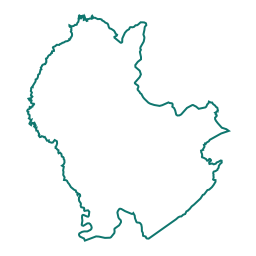 Sanamxay, Attapu, Laos
{"feature_id": "54806243B21104398525557", "entity_name": "Sanamxay", "entity_type": "district", "adm_level": 2, "iso_a3": "LAO", "parent_name": "Laos", "parent_adm1": "Attapu", "projection": "robinson", "projection_center": [106.401, 14.728], "detail": "fine", "context": "isolated", "style": "outline", "palette": "teal", "viewbox_px": 256, "rotation_deg": 0, "n_neighbors": 0, "source": "geoboundaries", "source_scale": "gbopen_adm2", "svg_char_len": 5665}
<svg xmlns="http://www.w3.org/2000/svg" viewBox="0 0 256 256"><path d="M40.5,69.8L39.6,73.7L38.2,74.7L37.9,77.0L37.2,78.7L35.6,79.5L35.7,80.6L35.4,81.7L32.8,85.9L32.7,87.2L32.0,87.0L31.1,88.2L31.2,89.3L30.8,91.1L31.9,92.5L30.9,95.1L31.2,95.9L32.0,96.1L32.4,96.6L31.1,98.1L28.5,98.7L29.6,100.5L31.2,100.0L31.6,100.4L31.0,102.3L31.3,103.1L33.1,103.8L33.8,103.7L34.1,104.1L33.8,104.7L32.5,105.9L32.5,106.5L31.9,106.7L31.4,107.4L29.7,106.9L29.6,107.2L30.3,107.7L30.3,108.2L28.9,109.2L27.8,109.6L27.2,110.9L27.5,111.5L28.4,111.9L28.1,113.0L28.4,114.3L29.3,114.6L29.6,115.2L29.6,117.3L28.9,118.4L30.4,119.4L30.6,120.3L31.4,119.9L30.8,121.7L30.1,122.1L29.4,123.7L31.1,125.1L31.9,123.3L32.7,122.9L33.1,123.3L34.4,122.7L35.1,124.2L34.0,124.2L34.7,125.3L34.3,126.2L35.3,126.1L34.9,127.0L35.4,127.8L36.5,127.6L36.1,129.3L36.3,130.6L37.7,130.8L38.2,132.3L39.0,133.6L38.9,134.3L39.4,134.9L38.8,135.7L39.9,137.1L40.9,136.9L41.6,136.2L43.3,136.6L44.0,137.2L44.8,136.9L47.0,140.7L48.8,140.4L48.7,141.3L49.0,141.9L51.7,142.7L52.8,142.5L54.7,140.0L56.9,141.3L57.1,143.5L56.4,145.8L55.5,146.9L55.6,148.1L56.4,148.3L57.2,149.5L58.5,150.3L58.3,152.6L58.6,153.3L60.1,152.7L61.4,154.0L61.8,156.5L63.2,157.1L63.7,157.9L63.7,159.1L64.4,160.1L64.5,162.5L64.1,163.5L63.5,164.6L62.0,165.7L63.8,166.8L63.1,170.4L63.5,171.9L63.2,174.9L64.6,177.3L64.0,180.0L66.0,180.2L67.0,180.8L68.0,182.8L69.1,184.0L70.9,187.1L74.2,189.8L75.8,190.5L76.2,192.1L77.6,193.0L77.3,194.5L77.6,195.1L78.6,193.9L79.4,194.0L80.0,194.7L80.2,196.0L79.0,197.4L78.9,199.5L79.2,201.0L80.8,203.3L80.9,204.2L80.6,205.6L81.2,207.2L83.9,207.8L84.2,208.4L84.1,210.3L84.5,210.9L88.0,210.3L89.3,211.8L88.8,215.8L88.2,216.6L87.3,216.6L83.7,215.0L83.0,214.9L82.2,215.5L82.0,217.5L82.4,220.7L81.7,224.8L82.2,225.5L83.4,225.8L87.3,223.4L89.0,223.3L90.2,224.1L91.3,226.0L91.7,227.7L91.3,229.0L90.4,229.9L87.4,231.4L84.2,231.4L82.0,231.9L79.4,233.4L79.0,234.3L79.2,235.5L80.0,236.6L84.0,238.5L84.9,240.6L96.1,236.4L98.9,236.6L105.0,237.9L110.0,237.7L111.0,237.2L114.3,233.1L114.6,231.5L114.4,229.3L114.6,228.6L119.2,225.3L120.9,222.4L121.0,221.3L120.7,220.2L119.0,218.5L118.4,217.4L117.4,212.6L117.8,211.2L119.1,209.2L120.0,208.7L121.4,209.0L125.2,211.2L131.7,213.9L132.6,213.9L133.3,213.1L134.7,215.6L135.0,218.2L136.4,221.9L137.1,222.5L139.2,222.7L140.2,223.2L141.3,224.7L141.8,227.3L141.9,231.1L142.8,232.8L143.1,235.8L145.7,236.6L146.1,237.8L146.9,238.5L148.7,238.6L176.0,219.3L178.4,217.2L180.0,216.5L181.4,216.4L183.1,214.8L185.2,214.0L186.4,211.4L188.3,210.4L188.6,209.7L189.4,209.3L191.7,206.4L194.0,204.6L200.5,198.5L202.8,194.9L204.2,194.4L207.4,190.1L209.2,189.6L211.9,187.2L213.7,184.8L215.5,181.8L215.5,180.1L213.6,179.9L213.1,179.5L213.7,177.3L213.4,175.8L213.6,174.7L213.2,173.4L213.4,172.1L214.1,171.4L215.4,171.2L217.5,169.8L217.7,168.8L218.6,167.8L218.8,165.9L220.0,164.1L221.7,162.6L221.6,160.7L220.7,160.5L218.5,161.8L216.6,162.5L215.9,163.6L214.6,164.1L213.5,164.3L212.2,163.5L209.5,164.0L209.1,162.8L209.8,161.7L211.0,160.6L210.9,159.9L210.0,159.0L209.4,158.9L207.9,160.7L207.1,160.7L206.1,159.1L203.5,157.7L202.1,157.3L201.9,156.8L202.2,155.5L202.0,153.9L201.1,151.9L201.3,151.3L201.1,150.6L203.1,149.9L202.9,149.4L204.4,146.9L204.5,146.3L203.9,144.9L204.8,144.5L205.0,143.6L205.7,143.9L206.3,142.8L208.8,141.3L209.8,139.8L221.1,133.5L228.8,130.9L226.4,129.2L221.8,127.7L217.8,123.2L215.9,120.7L215.1,119.1L215.1,117.6L216.5,116.3L216.4,115.7L216.7,115.5L216.3,114.3L215.7,114.2L215.7,113.5L215.2,112.8L215.9,112.7L216.3,111.8L216.8,111.4L217.6,111.5L217.6,110.8L217.9,110.5L217.3,107.7L215.9,106.8L215.1,105.6L213.1,104.1L212.1,102.5L211.1,102.6L208.9,101.6L208.5,103.3L207.3,104.3L206.3,106.6L205.4,107.4L198.7,108.8L196.1,106.6L193.0,105.0L192.2,105.1L187.0,107.9L181.2,114.4L179.4,115.4L177.4,115.5L176.2,114.6L175.2,110.5L174.1,108.1L172.3,106.7L172.7,104.9L172.4,103.7L171.9,103.3L169.5,103.0L168.5,102.4L162.2,105.2L159.6,105.9L154.3,105.0L150.2,103.7L148.4,102.7L144.2,98.6L143.0,97.1L141.4,94.0L140.2,93.2L139.6,92.0L137.7,89.8L137.6,88.7L138.3,87.5L138.4,86.3L137.9,85.5L135.4,83.8L134.9,83.2L134.9,82.6L139.7,77.1L140.9,74.3L139.7,70.7L135.4,67.0L135.3,65.1L137.8,61.8L141.0,59.3L141.0,57.1L140.0,52.5L139.9,51.8L140.9,49.8L140.3,48.8L140.5,47.2L143.7,41.6L144.3,38.6L144.4,37.2L143.4,34.5L144.4,30.0L144.7,27.3L145.0,26.6L146.3,25.2L146.0,23.4L145.6,23.1L144.1,22.4L140.6,22.3L138.2,24.5L137.1,25.2L135.5,25.3L134.1,26.8L132.5,27.3L130.8,27.1L129.9,27.4L129.1,29.2L126.8,30.6L124.9,32.8L122.3,38.5L122.2,42.0L121.5,42.7L120.6,42.7L114.5,37.7L114.4,36.9L116.7,35.7L117.1,34.8L115.6,33.7L115.1,32.4L114.0,30.7L111.3,28.9L109.5,28.3L108.7,26.8L108.1,24.5L107.4,23.5L105.3,22.6L104.0,21.4L102.1,20.4L101.6,19.5L99.9,19.0L97.7,19.1L94.9,17.7L93.5,17.9L92.2,15.8L91.7,16.4L92.1,18.6L91.5,18.8L90.1,18.4L88.8,19.0L86.8,19.2L87.3,20.8L86.7,21.0L85.6,19.5L84.8,17.2L84.3,19.7L83.8,19.9L83.7,15.9L83.5,15.6L83.2,15.5L82.6,16.2L82.2,17.2L81.7,17.7L81.4,16.0L81.0,16.0L80.6,16.9L80.6,18.2L80.1,18.4L79.8,17.8L79.9,15.8L79.3,15.4L78.9,15.9L79.0,17.3L78.5,18.4L78.7,20.0L78.3,21.9L77.5,22.7L76.7,24.7L75.7,25.0L75.1,24.8L73.6,26.0L71.5,26.4L69.4,25.3L69.4,26.1L69.8,26.8L71.1,27.3L71.3,27.8L71.4,29.2L71.1,29.8L71.4,30.5L70.8,31.6L71.9,33.2L72.1,34.9L71.7,36.5L70.6,37.6L70.7,38.1L70.0,39.2L69.3,39.2L69.5,39.9L67.5,41.1L65.5,41.4L63.6,42.6L62.3,42.8L61.6,43.5L60.1,44.0L59.3,44.9L56.7,44.8L55.2,46.2L53.1,47.1L52.9,47.5L53.9,49.8L54.0,50.9L52.0,51.4L51.9,53.1L51.0,53.3L50.4,54.7L49.1,55.2L48.4,55.8L47.2,58.1L46.1,58.5L45.9,58.9L46.4,60.1L46.1,61.2L46.4,61.8L46.3,62.2L45.3,64.0L44.8,63.8L44.1,64.4L43.2,64.5L42.0,65.5L41.8,66.5L40.8,67.6L41.4,69.4L40.5,69.8Z" fill="none" stroke="#0f766e" stroke-width="2"/></svg>